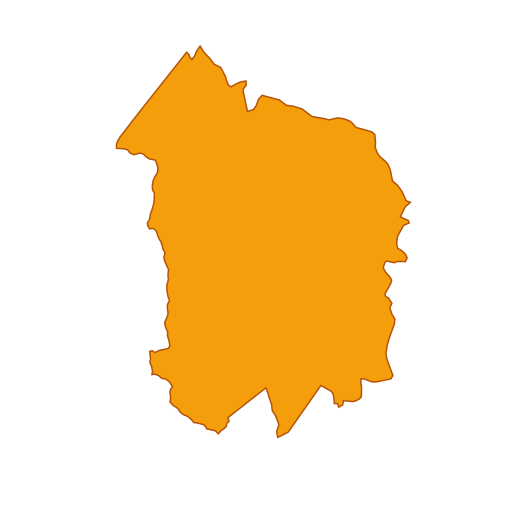 Campos Sales, Ceará, Brazil (Mercator projection), rotated 109°
{"feature_id": "56859067B21784925382268", "entity_name": "Campos Sales", "entity_type": "district", "adm_level": 2, "iso_a3": "BRA", "parent_name": "Brazil", "parent_adm1": "Ceará", "projection": "mercator", "projection_center": [-40.248, -6.944], "detail": "fine", "context": "isolated", "style": "filled", "palette": "amber", "viewbox_px": 512, "rotation_deg": 109, "n_neighbors": 0, "source": "geoboundaries", "source_scale": "gbopen_adm2", "svg_char_len": 3111}
<svg xmlns="http://www.w3.org/2000/svg" viewBox="0 0 512 512"><g transform="rotate(109 256 256)"><path d="M75.7,377.2L81.5,378.8L86.9,379.2L91.1,380.6L89.6,383.3L87.1,385.2L85.9,387.9L155.1,412.2L169.0,417.0L188.2,423.4L192.7,424.3L196.6,424.1L199.6,422.9L198.6,419.3L197.6,415.6L197.4,412.0L199.6,408.8L200.0,404.5L198.1,401.6L196.4,399.0L196.3,395.7L198.1,392.0L198.9,388.2L198.1,382.4L201.1,379.9L204.7,377.3L209.3,376.3L213.0,377.3L217.5,377.8L221.7,377.3L224.6,376.5L227.5,375.0L229.6,372.6L232.8,371.5L237.6,370.2L241.3,369.6L245.2,369.4L250.1,369.5L254.1,368.9L256.9,368.6L259.9,369.5L262.7,368.2L265.0,365.3L263.3,362.1L264.6,358.9L267.2,356.6L270.5,354.1L273.9,350.2L277.2,347.7L279.7,346.3L282.8,343.0L287.2,342.7L290.6,340.6L294.0,337.5L297.1,334.4L300.9,333.5L304.1,332.5L306.5,331.2L309.6,331.0L312.6,330.8L316.4,329.5L320.4,327.5L323.4,325.7L326.5,323.2L330.6,324.0L334.8,322.6L338.4,320.6L341.4,320.2L345.1,320.4L348.6,320.7L351.4,319.2L353.7,317.6L356.3,314.9L360.1,313.8L363.4,311.4L366.6,309.4L369.6,308.1L372.3,309.2L374.3,312.7L376.8,316.7L380.2,320.2L379.3,323.5L380.9,325.5L384.5,323.6L388.0,322.1L391.0,321.8L394.5,318.7L398.9,316.2L402.0,315.8L400.5,312.8L401.0,308.5L402.4,305.2L401.7,301.8L403.0,297.2L405.0,294.5L406.7,292.4L409.9,293.4L413.1,293.0L415.9,291.4L418.5,290.4L422.1,289.8L424.3,285.5L424.9,282.5L426.0,279.5L427.9,277.5L429.4,274.2L429.8,271.5L429.8,268.7L431.5,264.3L433.7,260.6L433.1,257.8L432.8,254.7L432.5,250.0L435.5,246.2L435.0,242.3L434.5,237.7L436.3,233.7L432.2,232.0L430.2,230.3L427.2,228.7L423.4,229.1L421.3,227.6L418.0,229.9L377.5,203.8L379.8,201.7L381.9,200.0L384.3,198.4L387.1,196.2L391.4,192.9L396.8,190.3L398.8,188.0L400.6,185.6L407.8,179.5L415.5,179.2L420.4,176.4L417.5,173.4L414.3,170.4L412.0,168.2L357.3,152.5L359.4,140.9L361.5,138.0L367.5,134.9L370.0,134.0L369.0,130.7L372.1,128.6L368.7,125.6L364.2,126.1L362.2,117.0L360.0,114.0L357.4,111.6L354.6,110.6L348.5,112.6L344.9,113.8L342.5,115.2L338.1,116.8L337.0,113.9L337.3,106.9L337.0,104.1L335.4,100.4L328.2,88.4L324.4,87.7L311.3,98.3L306.4,101.3L298.3,102.8L289.4,103.3L275.2,103.0L270.2,104.3L267.1,108.2L261.6,112.6L256.4,112.1L252.7,117.0L252.1,120.1L250.0,121.7L238.4,119.7L234.8,119.9L232.5,122.1L228.8,128.7L225.6,131.9L220.7,132.1L218.2,130.9L217.4,123.3L215.1,120.4L212.6,112.9L208.6,112.5L206.2,114.7L204.7,117.0L203.2,121.0L202.7,124.4L198.8,127.0L191.3,128.6L178.9,126.4L175.0,122.0L172.9,123.5L172.0,132.2L168.5,131.9L160.9,130.9L155.0,127.5L154.9,132.0L147.6,138.8L145.0,142.4L143.0,145.4L140.6,151.4L131.1,156.9L126.3,161.1L124.6,164.0L121.6,171.4L118.6,175.4L114.1,178.8L109.9,179.9L102.5,183.2L101.0,186.5L101.2,193.6L101.9,203.2L98.5,209.2L97.8,212.0L97.7,217.7L98.8,223.6L100.6,226.7L103.5,231.1L103.9,236.3L105.9,248.5L102.0,260.0L102.2,269.3L103.6,276.2L100.9,284.8L102.1,302.5L106.9,304.6L114.1,304.8L118.4,306.1L122.1,311.1L116.5,314.5L105.4,321.2L102.8,322.5L97.5,320.8L93.8,322.5L96.8,327.7L99.5,330.5L101.4,332.4L104.2,334.6L103.3,337.8L100.4,340.4L96.1,343.5L89.2,350.8L88.3,357.9L84.3,363.9L80.1,371.9L75.7,377.2Z" fill="#f59e0b" stroke="#b45309" stroke-width="1.5"/></g></svg>